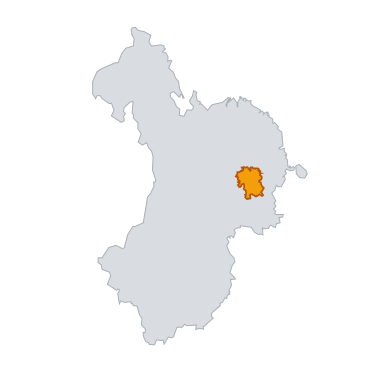 Guizhou highlighted on a map of China, rotated 277°
{"feature_id": "CHN-1153", "entity_name": "Guizhou", "entity_type": "Province", "adm_level": 1, "iso_a3": "CHN", "parent_name": "China", "parent_adm1": "", "projection": "robinson", "projection_center": [106.929, 26.939], "detail": "fine", "context": "in_parent", "style": "filled", "palette": "amber", "viewbox_px": 384, "rotation_deg": 277, "n_neighbors": 0, "source": "natural_earth", "source_scale": "10m", "svg_char_len": 8935}
<svg xmlns="http://www.w3.org/2000/svg" viewBox="0 0 384 384"><g transform="rotate(277 192 192)"><path d="M215.5,283.0L208.2,280.0L207.6,276.6L208.9,274.9L203.7,273.9L200.6,271.2L193.2,276.4L191.4,274.8L187.9,277.0L185.0,275.0L183.1,277.4L180.8,276.7L179.8,278.2L180.9,285.3L178.2,285.0L177.3,281.4L172.1,283.2L170.9,279.7L166.8,278.9L168.7,273.7L165.1,272.2L164.2,267.7L165.0,266.3L158.0,267.6L158.8,265.6L157.9,263.0L159.6,259.0L164.2,255.1L164.4,244.1L162.5,244.3L161.5,240.5L159.1,238.2L157.2,240.0L151.6,238.8L153.3,236.5L152.5,234.7L150.9,235.5L152.1,233.4L150.4,232.1L146.8,234.8L142.7,233.0L135.1,237.4L131.7,241.7L127.9,243.1L124.2,240.9L116.7,239.5L111.0,245.8L109.7,240.8L104.2,242.6L98.7,240.7L97.6,241.9L96.1,240.7L95.3,242.0L93.7,239.6L90.6,239.4L90.9,237.6L86.0,235.6L85.4,233.6L82.5,233.8L74.6,226.5L71.2,226.4L69.4,228.4L59.3,219.6L57.3,220.2L57.6,216.0L56.0,212.4L60.5,212.6L58.6,202.9L60.1,201.0L56.6,198.8L55.9,193.5L46.2,191.4L44.9,189.8L45.0,186.0L37.6,182.9L41.7,181.3L40.7,179.9L41.0,174.8L35.8,173.5L35.5,168.1L37.1,167.3L37.9,164.3L42.7,161.5L46.6,160.6L46.9,162.7L50.3,162.4L54.0,158.1L60.3,157.8L63.9,154.7L72.0,151.6L72.1,147.7L74.2,146.4L73.6,145.3L75.7,144.6L74.2,138.6L75.3,134.7L72.3,133.6L81.9,130.7L86.0,132.1L86.7,130.3L85.3,129.2L90.1,119.2L98.7,121.5L102.3,120.0L104.2,112.2L108.6,110.8L110.6,107.3L115.3,106.9L115.7,110.7L126.8,116.2L129.8,123.1L127.4,129.6L128.4,131.7L141.6,133.3L150.7,137.5L150.5,139.0L155.5,147.4L181.8,148.5L185.1,150.9L193.1,153.5L197.2,152.7L197.1,154.1L199.6,154.5L208.9,150.1L222.1,149.1L227.5,147.0L230.6,143.4L235.3,141.1L232.5,136.9L234.9,132.5L243.5,134.5L248.3,130.5L254.0,130.0L258.2,124.8L262.0,124.4L262.5,123.0L274.7,122.5L273.7,119.5L267.3,114.3L263.7,114.2L261.7,116.3L258.7,115.0L254.4,116.1L252.5,113.3L257.7,102.7L263.7,104.7L270.3,101.2L269.6,99.2L273.5,91.8L276.5,88.8L275.9,85.9L272.8,85.0L277.1,81.5L289.5,79.9L299.6,83.0L303.4,87.2L311.1,100.4L311.2,102.9L321.1,105.5L326.7,108.8L329.8,116.1L337.1,115.9L340.1,113.5L345.6,111.8L347.6,112.6L348.5,115.9L345.9,118.5L345.3,125.1L342.5,132.1L335.9,130.9L331.9,133.9L334.3,143.2L333.7,146.2L330.5,147.3L331.1,148.5L327.6,145.6L326.9,149.1L323.2,151.7L318.7,152.0L320.2,154.4L319.6,155.8L312.0,153.7L308.7,158.9L303.2,161.7L300.2,165.1L292.9,167.1L284.4,172.7L284.1,171.5L287.0,170.3L287.6,168.5L284.8,168.5L284.7,167.5L289.5,161.4L287.1,158.4L283.7,158.9L280.3,163.1L274.8,166.2L272.8,169.8L266.6,170.1L266.1,174.7L272.9,177.1L273.2,181.6L275.0,182.9L277.5,182.8L280.0,179.4L282.5,178.4L287.4,180.8L292.8,181.2L291.3,184.8L289.1,184.0L283.3,186.1L282.5,189.3L280.1,188.9L280.7,190.3L275.1,197.5L281.1,201.2L284.7,211.5L290.2,216.4L289.8,217.7L283.0,215.1L280.5,216.2L284.1,215.9L290.4,221.8L285.5,226.1L283.1,226.1L281.7,227.0L287.5,226.6L292.1,229.4L289.1,231.9L291.6,231.9L291.4,234.1L288.8,234.2L290.1,235.3L289.1,237.3L289.9,239.5L287.3,239.3L285.2,241.3L281.6,250.2L279.1,249.2L280.8,252.1L278.6,253.9L276.8,253.4L279.4,254.2L279.6,258.1L277.1,257.7L277.7,259.1L276.0,259.3L274.4,263.1L269.9,264.0L271.1,265.5L267.4,269.7L264.8,269.3L262.5,273.8L248.9,276.6L246.1,272.8L245.1,274.0L246.4,278.4L243.8,278.5L241.1,281.3L239.8,280.0L239.5,281.5L237.5,280.8L235.6,282.7L229.0,284.1L227.6,286.6L229.6,289.4L228.7,290.8L226.1,290.3L224.9,286.8L226.4,283.2L224.3,281.8L222.0,283.5L218.3,280.5L218.4,282.2L215.5,283.0ZM230.4,291.8L232.4,294.9L227.2,302.6L224.2,304.1L219.6,302.1L219.4,297.1L222.7,293.4L230.4,291.8ZM290.4,219.0L288.6,218.7L286.8,217.0L288.2,217.3L290.4,219.0ZM293.2,228.2L291.8,228.5L291.4,227.7L293.2,228.2ZM280.7,256.8L280.0,257.9L280.1,256.5L280.7,256.8ZM228.3,286.3L229.6,285.7L229.6,286.5L228.3,286.3Z" fill="#d9dde1" stroke="#a8b0b8" stroke-width="1"/><path d="M212.8,233.4L213.0,233.7L213.3,233.9L213.5,233.9L213.8,234.1L214.3,234.1L214.4,234.7L214.6,235.0L215.0,235.0L215.5,234.7L215.8,234.6L216.5,234.6L217.2,234.5L217.2,235.0L217.4,235.5L217.4,235.9L217.6,236.2L217.6,236.3L217.3,236.6L217.4,237.0L217.8,237.2L218.2,237.3L218.3,237.3L218.5,237.3L218.7,237.5L218.7,238.7L218.7,238.9L218.9,239.3L219.2,239.3L219.3,239.2L219.2,239.0L219.2,238.8L219.1,238.5L219.1,238.4L219.4,238.3L219.8,238.6L219.8,238.8L219.5,239.9L219.6,240.0L219.9,239.9L220.2,240.1L220.5,240.0L221.0,240.1L221.5,240.2L221.5,239.7L221.7,239.4L221.9,238.5L222.1,238.3L222.4,238.2L222.4,238.5L222.5,238.9L222.5,239.3L222.9,239.6L223.0,239.7L223.0,239.8L223.0,240.1L222.6,240.9L222.6,241.0L222.9,241.0L223.0,241.0L222.8,241.4L222.7,241.5L222.9,241.8L222.8,242.0L222.7,242.1L222.8,242.5L223.0,242.9L223.3,243.1L223.5,243.6L223.5,244.0L223.3,244.2L222.8,244.6L222.6,245.0L222.4,245.0L222.2,245.0L221.8,245.2L221.7,245.4L221.1,246.1L220.9,246.2L220.5,246.6L220.5,247.0L220.3,247.1L220.0,247.1L219.9,247.2L219.9,247.3L220.1,247.4L220.5,247.8L220.8,247.6L221.0,247.3L221.6,247.0L221.7,246.9L221.7,247.2L221.8,247.3L222.0,247.2L222.3,246.8L222.5,247.0L222.8,246.8L223.1,246.8L223.5,247.0L223.8,247.5L223.8,248.0L223.7,248.2L223.5,248.5L223.8,248.6L223.9,248.9L223.2,249.4L222.7,249.6L222.7,249.9L223.0,249.9L223.1,250.0L223.3,250.4L223.3,250.8L222.8,251.4L222.7,252.1L222.7,252.3L222.9,252.4L223.3,252.5L223.2,252.7L223.2,252.8L223.3,253.0L223.4,253.6L223.6,254.0L223.2,254.3L223.2,254.5L223.3,254.6L223.3,254.8L223.0,255.0L222.7,255.9L222.4,255.9L222.1,255.5L222.0,255.4L222.0,255.8L221.9,255.8L221.7,255.8L221.7,255.5L221.0,255.6L220.7,255.8L220.4,256.1L220.4,256.4L220.5,256.5L221.0,256.1L221.3,256.0L221.2,256.7L221.3,257.2L221.1,257.4L220.8,257.1L219.9,257.3L219.8,257.2L219.9,256.9L219.8,256.7L219.6,256.7L219.4,256.8L219.2,256.9L219.1,257.1L219.2,257.4L218.8,257.6L218.7,257.8L218.7,258.0L218.9,258.2L218.9,258.6L218.4,257.8L217.9,257.4L217.5,257.3L217.2,257.2L217.1,257.4L216.8,257.6L216.7,257.9L216.3,258.1L216.3,258.9L216.2,259.1L216.0,259.3L215.3,259.3L214.8,259.7L214.4,259.7L214.3,259.3L214.2,259.2L213.9,259.3L213.8,259.1L213.6,259.0L213.7,258.7L213.5,258.9L213.2,259.0L212.8,259.3L212.7,259.2L212.7,258.8L212.4,258.7L212.3,258.2L211.8,257.9L211.9,257.6L211.4,257.1L211.0,257.3L210.5,257.2L210.2,257.4L210.1,257.7L210.0,257.8L210.0,258.1L210.2,258.4L210.2,258.8L210.0,259.1L209.9,259.1L209.7,259.0L209.5,259.4L208.9,259.5L208.3,259.5L207.8,260.0L207.4,260.2L207.1,260.4L206.3,260.8L205.8,260.8L205.7,260.9L205.7,261.4L205.7,261.7L205.6,262.0L204.9,262.6L204.7,262.9L204.1,262.4L203.9,262.3L203.6,262.5L203.3,262.3L203.1,262.2L202.8,262.0L202.7,262.0L202.4,261.8L201.9,261.8L201.7,261.7L201.5,261.1L201.2,260.9L200.8,261.0L200.6,261.0L200.5,260.8L200.1,260.6L200.0,260.8L199.6,260.9L199.3,261.3L199.1,261.9L198.5,262.1L198.2,262.6L197.9,262.7L197.6,263.0L197.4,262.8L197.0,262.7L196.8,262.4L196.6,262.3L196.6,261.8L196.6,261.7L197.4,260.6L197.5,260.5L197.4,260.1L197.5,259.6L197.5,259.3L197.8,259.2L197.4,258.8L197.0,258.4L196.7,258.2L196.6,257.4L196.2,257.5L196.0,257.4L196.0,257.0L195.5,256.7L195.3,256.5L195.3,255.8L195.3,255.7L195.6,255.8L195.7,255.7L195.9,255.0L195.9,254.8L195.8,254.6L196.2,254.3L196.4,254.0L196.5,253.5L196.4,253.2L196.6,253.0L196.6,252.5L196.7,252.4L197.2,252.0L197.4,251.8L197.1,251.3L197.1,251.0L196.8,250.8L196.8,250.5L196.6,250.4L196.3,250.4L196.2,250.3L196.2,250.0L196.0,249.7L195.9,249.6L195.7,249.9L195.6,250.1L194.9,250.2L194.5,250.1L194.3,250.1L194.1,250.4L193.9,250.8L193.1,250.9L192.7,250.7L192.3,250.3L192.3,249.8L192.4,249.5L192.2,249.5L192.1,249.0L192.2,248.7L192.4,248.6L192.4,248.4L192.4,248.1L192.3,247.8L192.1,247.5L191.7,247.7L191.5,247.4L192.0,246.8L192.9,245.8L193.1,245.4L193.3,245.3L193.6,245.3L193.9,245.6L194.4,245.8L194.6,246.1L194.8,246.0L195.0,245.9L195.1,245.5L195.6,245.0L195.7,244.9L196.1,245.6L196.5,245.8L196.9,245.8L197.5,245.7L197.7,245.8L198.0,245.7L198.3,245.8L198.8,245.6L199.1,245.5L199.3,245.3L199.5,245.2L199.8,245.2L200.1,245.3L200.3,245.1L200.4,244.9L200.4,244.6L200.5,244.4L200.5,244.0L200.7,243.7L200.8,243.2L201.0,243.1L201.2,242.9L201.8,242.8L202.0,242.8L202.2,243.0L202.4,243.2L202.6,243.4L202.7,243.5L203.1,243.4L203.3,243.2L203.8,243.2L204.0,243.0L204.8,243.0L205.0,242.8L205.6,242.9L205.9,242.9L206.2,242.7L206.5,242.5L206.3,241.9L206.3,241.5L206.1,241.2L205.8,241.0L205.7,240.6L205.2,240.3L204.7,240.5L204.4,240.4L204.0,240.4L203.9,240.1L204.0,239.9L203.9,239.7L203.3,239.5L203.0,239.5L202.7,239.3L202.8,239.0L202.8,238.6L202.6,238.3L202.8,238.0L202.9,237.7L203.1,237.5L203.5,237.6L204.1,237.5L204.2,237.0L204.5,236.6L205.1,237.1L205.5,237.4L205.6,237.6L206.2,237.9L206.3,238.0L206.3,238.3L206.7,238.1L206.7,237.7L207.1,237.9L207.3,237.9L207.3,237.5L207.5,237.2L207.2,236.3L207.2,236.2L207.4,236.1L207.7,236.5L208.1,237.2L207.9,237.7L207.7,238.0L208.1,238.1L208.4,238.3L208.6,238.3L208.7,238.2L208.7,237.8L208.8,237.6L209.0,237.6L209.2,237.4L209.3,237.1L209.2,236.7L209.3,236.5L209.6,236.2L209.9,236.3L210.2,235.8L210.7,235.6L210.8,235.6L211.0,235.8L211.3,236.1L211.6,236.2L212.5,235.7L212.7,235.3L212.8,235.1L212.8,234.9L212.4,234.6L212.4,234.1L212.5,233.7L212.8,233.4Z" fill="#f59e0b" stroke="#b45309" stroke-width="1.5"/></g></svg>